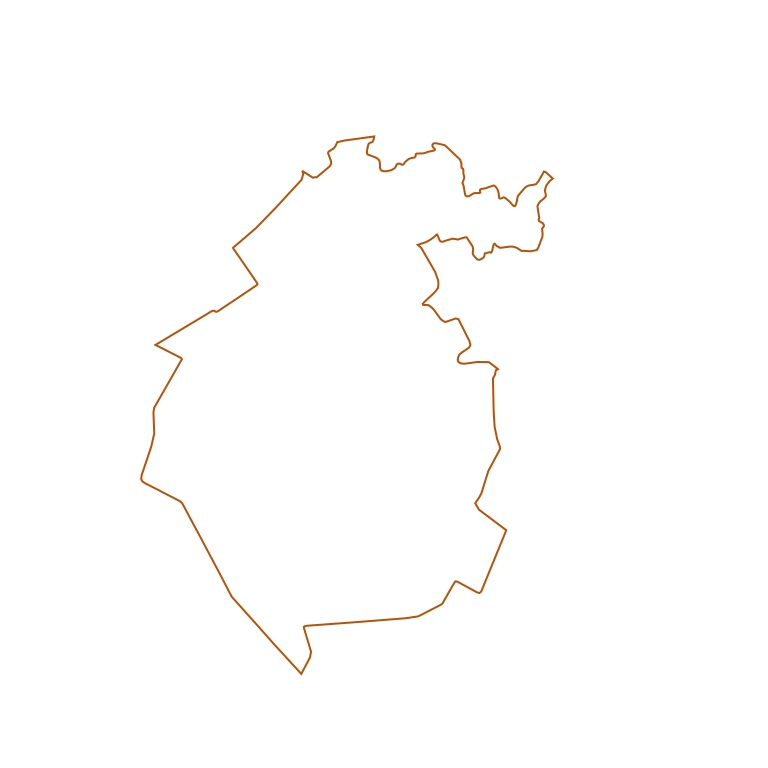 map outline of Navoi (orthographic projection), rotated 236°
{"feature_id": "UZB-357", "entity_name": "Navoi", "entity_type": "Region", "adm_level": 1, "iso_a3": "UZB", "parent_name": "Uzbekistan", "parent_adm1": "", "projection": "orthographic", "projection_center": [65.132, 41.594], "detail": "fine", "context": "isolated", "style": "outline", "palette": "amber", "viewbox_px": 768, "rotation_deg": 236, "n_neighbors": 0, "source": "natural_earth", "source_scale": "10m", "svg_char_len": 5170}
<svg xmlns="http://www.w3.org/2000/svg" viewBox="0 0 768 768"><g transform="rotate(236 384 384)"><path d="M438.5,129.2L439.9,129.4L441.2,129.7L442.7,131.0L444.1,132.3L453.4,144.5L462.8,156.7L467.1,161.2L471.4,165.8L480.4,171.4L489.4,177.0L491.1,178.6L492.8,180.1L500.3,195.4L505.1,205.1L511.8,218.6L517.5,230.2L518.3,230.3L519.0,230.3L531.6,223.4L544.2,216.4L542.6,246.1L541.0,275.9L540.9,279.0L540.7,282.2L540.2,283.2L539.8,284.2L538.8,284.7L537.7,285.1L537.5,285.9L537.2,286.7L537.2,290.3L537.1,310.1L537.1,333.4L537.2,334.0L537.3,334.7L537.7,335.0L538.0,335.2L548.8,335.2L558.5,335.1L568.2,335.0L579.0,334.9L579.3,334.8L579.6,334.8L580.0,334.8L580.3,334.8L580.6,334.9L580.9,334.9L581.1,335.1L581.4,335.2L583.1,350.3L584.9,365.4L588.0,380.1L591.1,394.8L595.3,412.4L599.4,429.9L601.5,432.4L603.6,434.8L605.8,435.3L605.8,435.7L594.8,440.4L594.1,442.3L593.0,443.8L594.8,460.5L595.0,461.1L595.2,461.7L595.8,462.7L596.5,463.6L597.1,464.0L598.3,464.7L606.6,466.7L607.1,467.1L607.4,467.6L607.6,468.1L607.6,469.0L607.6,470.2L607.5,472.3L607.5,474.3L607.7,474.9L608.5,477.0L610.6,480.5L608.2,486.9L594.7,514.3L592.9,512.6L591.9,511.2L591.6,510.7L591.3,510.2L591.2,509.7L591.2,509.2L591.8,507.3L591.8,506.2L591.7,505.6L591.4,505.1L588.2,501.6L585.7,499.4L584.6,498.8L583.8,498.7L583.0,499.1L576.5,503.7L574.4,504.7L572.6,505.0L571.1,504.8L569.5,504.1L567.8,503.2L565.9,501.9L564.5,501.2L563.3,501.1L562.1,501.5L561.0,502.3L559.9,503.6L559.1,504.9L558.4,506.5L557.2,509.7L557.0,511.6L557.0,513.6L557.8,515.6L558.5,516.7L558.9,517.6L558.9,518.6L558.1,520.0L557.5,520.6L555.7,521.5L555.3,522.2L555.3,523.1L556.3,525.9L556.7,530.2L556.1,532.8L554.9,535.5L554.8,536.3L555.0,537.1L555.3,537.7L556.8,538.9L556.7,540.1L556.2,540.9L554.0,544.2L553.2,545.7L552.6,547.3L552.0,550.0L549.7,555.6L549.5,556.6L549.7,557.2L550.1,557.4L550.7,557.5L552.5,557.1L553.3,557.1L554.1,557.2L554.8,557.5L555.4,558.2L555.6,559.0L555.6,559.9L555.1,560.9L554.3,562.0L548.5,567.5L547.5,568.1L527.7,572.5L523.9,571.7L519.9,569.2L518.0,569.9L516.2,569.0L514.4,567.6L510.7,566.3L509.2,564.8L506.9,561.5L505.9,561.3L505.6,561.2L503.8,560.8L495.5,557.1L494.1,557.1L493.5,557.4L493.0,557.9L492.4,559.1L492.2,559.8L492.1,560.5L492.1,561.9L492.0,564.4L491.9,565.0L491.7,565.5L491.5,565.9L491.2,566.5L488.9,570.0L488.8,570.8L489.1,571.2L489.8,571.3L490.4,571.5L490.9,571.8L491.3,572.3L491.4,572.8L491.3,573.5L491.0,574.4L489.5,577.6L489.3,578.3L487.7,584.5L487.2,585.9L486.4,586.5L485.2,586.9L482.5,586.9L480.0,586.5L477.2,585.3L474.1,583.6L473.5,583.5L472.9,583.8L472.4,584.6L472.2,585.3L471.9,587.4L471.1,588.1L470.4,588.6L464.9,590.1L460.3,590.7L459.5,590.9L458.9,591.2L458.5,591.7L458.3,592.3L459.0,593.8L461.8,596.9L463.6,598.5L464.3,599.3L465.1,600.4L467.9,610.5L468.0,611.4L467.9,613.2L467.7,614.3L467.5,615.2L464.7,621.4L464.7,622.1L465.8,625.6L470.7,635.5L469.0,636.6L459.9,638.8L459.6,635.4L459.5,634.6L458.5,631.4L458.0,630.1L457.6,629.4L456.1,627.4L454.5,625.7L453.1,625.0L450.9,624.2L449.1,623.1L448.4,620.6L448.1,618.0L448.1,616.1L447.3,613.4L445.6,610.6L434.6,605.4L433.8,604.0L432.4,603.7L428.4,605.6L426.6,605.5L425.4,604.8L425.0,603.8L424.6,602.7L424.5,602.0L420.1,599.6L417.6,597.8L411.0,588.5L409.6,585.6L410.9,582.5L412.4,579.2L415.4,575.5L415.7,575.0L416.4,574.2L417.2,572.6L422.8,570.1L424.4,568.9L426.0,567.4L427.3,565.6L431.7,556.8L433.1,555.6L433.9,555.6L434.6,555.1L435.2,554.7L435.8,554.5L438.5,554.2L438.6,553.8L438.3,553.0L436.9,551.2L434.2,548.5L433.1,546.8L433.0,546.3L433.1,546.0L433.5,545.9L434.3,545.1L435.9,540.6L433.6,538.3L433.1,535.9L433.2,534.9L433.3,533.8L433.6,532.6L434.4,531.6L435.9,530.8L439.1,530.3L441.1,530.2L442.9,530.7L444.7,532.4L446.7,533.7L448.8,534.4L459.5,534.5L460.5,532.5L462.5,525.9L464.2,524.3L466.2,522.0L468.6,514.4L468.8,512.9L469.8,511.3L470.5,510.7L471.4,510.5L472.3,510.5L477.0,511.5L478.3,511.6L478.3,510.2L478.0,508.8L477.8,506.4L477.7,503.4L477.9,500.2L478.4,497.2L480.5,489.8L476.1,491.0L448.6,489.1L439.7,486.9L436.6,485.1L433.4,482.5L432.2,479.0L431.4,475.8L429.5,463.7L428.7,460.9L427.6,460.7L424.7,464.8L421.8,466.1L417.8,466.9L405.9,467.3L402.8,468.5L401.1,469.4L398.2,480.1L396.2,482.0L371.7,478.8L367.9,477.4L366.6,474.8L366.6,466.9L366.2,462.8L364.3,460.0L362.6,458.5L360.9,458.0L359.1,458.6L357.3,460.1L355.6,462.4L350.1,473.6L343.5,483.2L332.6,486.8L332.8,484.4L329.5,481.0L327.6,477.4L300.6,460.0L286.9,451.9L275.1,447.0L267.2,445.0L265.1,443.7L253.5,421.8L238.9,403.6L236.8,399.6L234.1,392.9L226.6,392.5L194.4,403.6L158.1,349.3L157.4,347.7L157.4,346.1L159.4,344.5L178.9,334.4L180.1,333.3L180.5,332.7L178.8,328.9L169.4,309.8L169.2,308.7L169.3,307.2L172.2,282.5L177.5,271.3L201.6,228.7L226.9,184.5L227.4,183.1L227.5,181.9L226.2,181.1L202.8,173.8L198.6,169.6L189.9,153.3L197.1,152.3L200.2,151.8L203.3,151.3L206.4,150.9L209.4,150.4L214.4,149.7L219.3,148.9L224.2,148.2L229.1,147.4L237.1,146.4L245.0,145.3L253.0,144.3L260.9,143.2L268.9,142.1L276.8,141.0L284.7,139.9L292.7,138.8L305.8,140.3L319.0,141.8L332.2,143.2L345.4,144.6L357.4,145.9L369.4,147.1L381.4,148.3L393.4,149.6L398.1,150.0L399.7,149.6L401.2,149.2L409.9,144.4L418.3,139.8L426.9,135.1L435.4,130.4L436.9,129.8L438.5,129.2Z" fill="none" stroke="#b45309" stroke-width="2"/></g></svg>